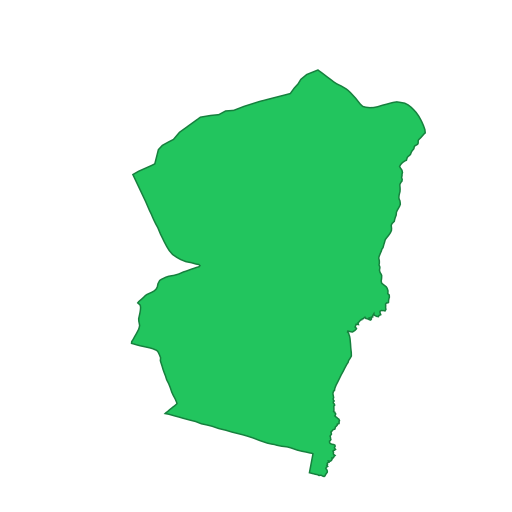 Angkor Thum, Siemréab, Cambodia, rotated 15°
{"feature_id": "14789045B45657319092410", "entity_name": "Angkor Thum", "entity_type": "district", "adm_level": 2, "iso_a3": "KHM", "parent_name": "Cambodia", "parent_adm1": "Siemréab", "projection": "mercator", "projection_center": [103.881, 13.579], "detail": "fine", "context": "isolated", "style": "filled", "palette": "green", "viewbox_px": 512, "rotation_deg": 15, "n_neighbors": 0, "source": "geoboundaries", "source_scale": "gbopen_adm2", "svg_char_len": 5997}
<svg xmlns="http://www.w3.org/2000/svg" viewBox="0 0 512 512"><g transform="rotate(15 256 256)"><path d="M116.0,209.2L135.2,231.8L141.2,239.4L144.4,243.1L146.0,245.2L147.7,247.3L150.9,251.0L153.8,254.0L155.8,256.6L158.1,259.6L160.5,262.3L163.6,265.9L167.3,269.9L170.8,273.2L175.0,276.1L179.8,277.8L184.1,278.9L189.7,279.6L195.3,279.2L200.2,279.3L202.9,279.0L204.4,279.8L203.8,281.1L201.4,282.5L198.9,284.2L196.9,285.5L194.4,287.3L192.4,288.7L190.0,290.2L187.3,292.4L185.9,293.5L183.9,294.7L181.7,296.0L179.6,296.9L176.7,298.3L174.3,299.9L172.7,301.3L170.7,303.0L169.3,304.6L168.5,308.2L168.7,311.5L168.0,314.1L166.5,316.3L164.4,318.3L162.9,319.5L160.6,321.4L159.4,322.8L158.2,324.9L156.6,327.4L154.6,330.3L153.9,331.9L155.1,332.5L156.4,333.1L157.2,334.0L157.9,335.8L158.2,337.4L158.4,338.7L158.6,340.6L158.8,344.4L158.9,347.0L159.7,349.3L160.6,351.1L161.6,353.3L161.7,355.3L161.6,357.3L161.0,360.0L160.5,362.2L159.6,365.5L158.9,368.5L158.1,370.8L158.4,372.6L160.7,372.6L163.9,372.7L167.3,372.7L173.1,372.4L177.4,372.2L180.5,372.3L182.5,372.6L184.1,372.8L185.5,373.4L186.6,374.4L188.3,376.4L190.2,379.0L190.7,381.8L191.4,383.0L192.5,384.7L194.0,387.0L195.5,389.5L197.5,392.4L199.7,395.4L201.7,398.6L204.7,401.9L207.3,405.4L209.8,409.2L212.2,412.1L214.8,414.8L217.0,417.6L217.9,419.0L217.5,419.8L216.8,420.8L216.2,421.8L215.0,423.2L213.8,424.9L212.3,426.9L210.9,429.1L209.7,430.5L209.0,431.7L212.8,431.4L218.9,431.5L223.3,431.5L227.6,431.6L234.6,431.6L240.4,431.5L246.7,432.2L252.2,431.9L257.7,431.8L264.8,432.3L271.8,432.1L278.6,432.3L283.5,432.2L289.7,432.1L294.4,432.2L300.3,432.5L307.6,433.3L315.4,433.8L319.8,433.6L322.5,433.3L324.9,433.4L330.1,433.1L335.5,432.3L339.2,432.3L346.3,432.8L351.1,432.7L355.1,432.4L358.9,432.3L361.1,432.1L362.2,432.3L362.3,433.2L363.7,451.5L365.7,451.5L367.3,451.5L368.5,451.4L369.5,451.5L370.5,451.4L372.1,451.3L373.7,451.7L374.7,451.2L375.9,450.9L377.2,451.3L378.8,451.4L379.5,450.6L379.9,448.8L380.3,447.7L380.8,446.6L380.6,445.4L379.7,444.1L378.4,443.2L378.7,441.7L379.7,440.7L378.6,440.0L379.1,439.1L378.4,438.3L378.7,437.1L379.9,436.4L379.0,435.3L380.1,435.2L381.0,434.9L381.8,433.9L382.1,432.5L381.7,431.4L382.6,431.3L383.1,430.4L383.3,429.2L384.0,428.2L382.3,427.6L381.7,426.5L381.7,425.6L380.9,424.7L381.1,423.8L382.0,423.4L382.9,422.2L381.8,421.5L381.3,420.6L381.7,419.3L381.2,418.3L379.9,418.0L378.8,418.1L377.7,418.2L375.8,417.7L375.2,416.9L374.9,415.7L375.6,415.0L375.8,413.7L375.2,413.0L374.8,411.7L374.1,410.8L374.6,409.6L375.0,408.7L374.6,407.6L373.9,406.7L374.6,405.6L375.1,404.4L375.6,403.6L376.9,402.9L377.0,402.0L376.9,400.6L377.6,399.6L378.2,398.5L378.0,397.3L379.4,396.6L379.6,395.8L379.0,394.6L379.3,393.5L378.3,392.2L376.9,391.7L375.5,390.9L374.6,390.7L373.5,390.0L373.9,388.9L373.8,387.8L373.0,387.3L372.6,386.5L371.2,386.2L371.2,384.8L370.0,380.8L370.6,379.7L369.9,378.7L368.8,378.1L368.4,376.9L369.0,375.8L368.1,375.1L367.4,374.1L367.7,372.8L366.9,371.1L366.1,369.5L365.8,368.4L365.9,366.2L366.6,365.7L366.5,364.8L366.4,363.0L366.8,359.9L367.5,356.7L368.2,353.2L369.1,348.5L370.1,344.6L370.6,342.0L371.7,337.3L372.5,334.9L372.5,333.0L373.0,331.6L373.6,329.6L374.0,327.9L373.0,324.5L372.3,322.8L371.2,319.9L370.1,316.6L369.1,313.9L368.1,311.3L367.2,309.4L366.1,307.8L365.3,306.4L364.1,305.8L364.2,304.7L365.1,304.7L367.7,304.6L368.9,304.4L370.8,302.3L371.9,300.2L371.3,299.6L370.1,299.0L370.3,297.7L370.4,296.0L372.7,295.7L371.8,294.1L372.5,293.1L373.1,291.8L373.6,290.7L374.7,290.2L374.9,289.1L376.0,288.7L376.3,287.9L377.1,286.9L378.2,287.9L379.6,287.8L381.3,288.0L381.1,286.7L381.9,286.2L382.1,288.2L383.3,288.2L383.8,287.1L383.4,285.0L384.5,284.7L384.2,283.2L384.8,281.2L385.3,282.5L388.2,283.1L390.0,282.9L390.1,281.7L391.7,280.4L391.0,279.4L390.2,278.2L390.1,277.3L391.1,276.2L391.9,276.1L393.8,275.6L394.8,275.7L395.3,274.0L394.5,272.2L394.2,270.6L393.6,268.9L394.3,267.4L395.5,267.2L396.0,266.4L395.6,265.0L395.4,262.8L395.5,261.3L394.8,259.2L393.0,258.2L392.8,256.7L392.4,255.3L391.0,253.2L389.8,252.1L388.5,251.5L386.8,250.8L384.5,249.8L383.4,247.8L383.2,245.7L382.8,243.7L382.4,242.2L381.5,241.1L380.0,239.7L378.9,237.7L378.7,235.3L378.2,234.1L377.5,233.3L377.1,232.6L377.0,231.0L376.4,228.8L375.7,227.4L375.1,226.3L375.0,224.8L375.1,223.8L375.4,221.2L375.8,218.6L375.8,217.0L376.5,215.0L376.5,213.2L376.5,211.6L376.6,209.8L376.6,207.1L377.0,205.7L378.0,203.4L378.6,202.1L379.3,200.2L379.8,198.7L380.2,196.3L379.8,194.3L378.7,191.4L379.0,189.4L379.8,188.1L380.6,186.7L380.5,185.2L380.5,183.9L380.6,182.1L380.7,181.2L380.8,180.2L380.6,179.0L380.3,177.5L380.6,175.5L381.4,172.4L381.8,170.7L382.0,168.7L381.4,167.0L380.7,165.4L379.6,164.1L378.9,162.7L378.5,160.5L378.4,158.3L378.4,156.6L378.0,154.6L377.5,152.9L376.8,151.0L376.4,149.7L376.9,147.4L377.6,146.0L377.4,144.2L376.6,143.0L376.2,142.0L376.3,141.1L376.1,139.9L375.8,139.0L375.9,137.5L375.4,136.6L374.8,135.4L373.7,134.4L372.9,133.8L371.5,132.4L371.9,130.7L372.6,129.1L373.5,127.6L375.3,125.5L376.5,124.6L376.5,123.4L376.6,121.7L377.2,120.4L378.0,119.4L378.9,118.0L379.0,116.8L379.3,114.8L379.9,113.3L380.7,111.6L380.6,109.5L381.0,108.4L381.7,107.8L383.2,106.2L383.4,105.0L383.1,103.8L382.8,102.6L383.0,101.6L383.6,100.6L384.5,99.1L385.3,97.5L386.0,96.1L387.0,94.1L387.6,93.3L386.4,90.2L384.0,86.7L381.6,83.7L379.9,81.8L377.0,78.8L373.5,75.9L370.4,73.9L367.4,72.2L363.8,70.7L360.1,69.9L355.5,70.3L352.1,70.7L348.7,72.2L346.2,73.6L342.8,75.6L339.2,77.6L334.8,80.4L331.1,82.2L327.5,83.3L323.5,83.9L320.4,83.9L317.4,82.3L314.4,80.1L311.5,77.9L308.5,76.0L305.0,73.8L302.4,72.4L299.9,71.3L297.4,70.6L294.1,69.7L291.3,69.2L289.0,68.7L285.7,67.6L283.9,66.8L281.2,65.7L279.1,64.9L275.0,63.2L272.1,62.0L269.1,60.9L267.7,60.3L265.7,61.8L258.0,67.6L253.6,73.8L252.1,78.9L249.5,83.9L247.1,90.2L242.2,93.0L231.0,99.3L219.3,105.9L205.7,114.6L196.8,121.1L189.1,123.8L183.5,129.1L175.8,132.0L166.4,136.3L159.4,144.9L150.1,156.3L146.1,164.8L142.1,168.4L136.9,173.4L134.2,178.5L134.4,193.2L131.7,195.6L120.7,204.5L116.0,209.2Z" fill="#22c55e" stroke="#15803d" stroke-width="1.5"/></g></svg>